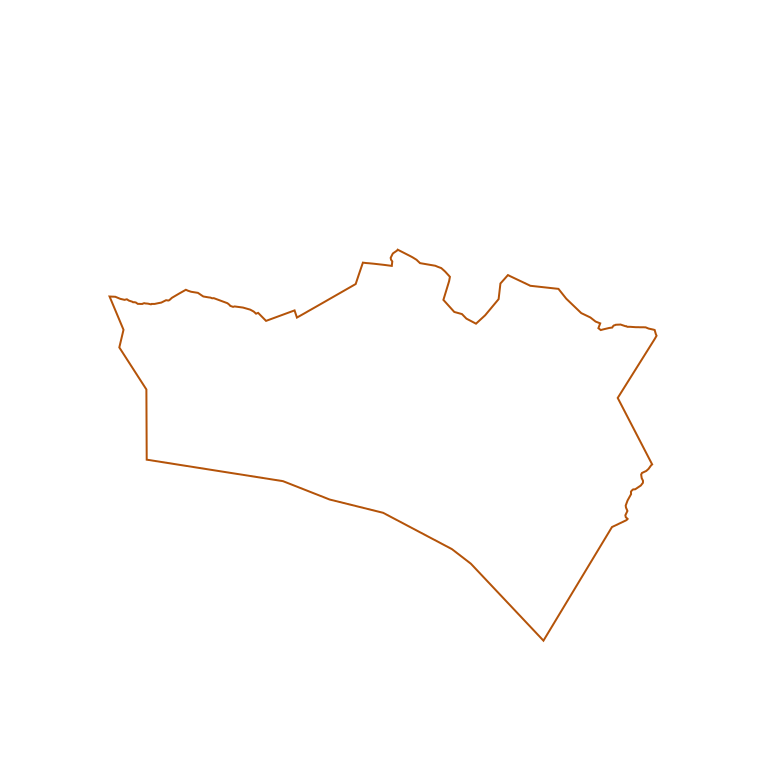 Valerio Trujano, Oaxaca, Mexico (Robinson projection), rotated 303°
{"feature_id": "50627088B90895159009900", "entity_name": "Valerio Trujano", "entity_type": "district", "adm_level": 2, "iso_a3": "MEX", "parent_name": "Mexico", "parent_adm1": "Oaxaca", "projection": "robinson", "projection_center": [-96.976, 17.773], "detail": "fine", "context": "isolated", "style": "outline", "palette": "amber", "viewbox_px": 768, "rotation_deg": 303, "n_neighbors": 0, "source": "geoboundaries", "source_scale": "gbopen_adm2", "svg_char_len": 2182}
<svg xmlns="http://www.w3.org/2000/svg" viewBox="0 0 768 768"><g transform="rotate(303 384 384)"><path d="M191.3,226.2L247.5,352.2L257.5,401.3L275.5,453.4L280.1,504.3L282.5,530.9L280.6,554.7L255.6,657.5L388.2,653.1L401.9,661.5L403.5,661.8L404.0,659.3L405.4,657.9L410.1,657.3L412.2,654.2L413.7,652.9L419.0,651.7L426.2,651.2L428.1,649.8L429.4,649.8L431.2,650.3L431.8,651.0L432.5,652.0L438.8,654.7L440.7,654.8L441.6,655.0L442.7,654.7L444.0,653.8L445.4,651.4L448.1,649.0L449.0,648.9L449.9,648.8L453.9,651.3L456.9,652.1L461.3,652.3L462.6,652.7L499.6,587.6L569.6,586.5L572.9,586.3L573.9,584.8L576.7,581.6L576.4,580.5L574.6,575.7L574.0,572.5L568.7,564.1L566.2,559.6L564.5,556.9L564.4,555.6L564.0,555.1L562.7,550.0L559.9,546.1L559.2,545.7L558.3,544.9L557.1,544.6L555.7,544.7L553.7,542.4L549.3,538.2L547.3,536.4L547.6,533.4L552.6,532.3L551.6,527.4L552.2,520.9L550.9,510.8L554.8,490.4L558.8,478.5L546.0,453.1L546.0,452.5L542.8,428.6L538.1,427.9L531.7,426.9L517.6,433.9L496.7,431.4L484.7,428.3L483.7,417.5L485.1,411.3L482.7,403.7L486.9,388.0L505.7,382.6L509.8,380.9L511.6,374.0L512.4,368.9L511.6,365.4L511.1,362.6L505.0,348.4L505.7,344.5L505.9,343.8L505.8,339.1L505.7,337.7L505.5,335.6L504.1,322.3L503.1,322.3L498.5,320.4L497.4,320.4L493.4,320.9L492.1,322.2L491.3,324.2L487.3,326.2L484.0,319.3L480.4,312.1L479.3,309.9L476.9,305.3L475.8,303.3L474.3,300.2L463.2,303.0L452.4,305.8L424.2,291.3L419.9,289.1L407.9,282.9L403.7,280.7L401.1,279.4L392.3,274.8L397.0,268.9L389.4,263.2L372.7,250.7L375.1,239.7L373.3,238.4L373.8,235.3L373.5,231.3L371.3,224.1L367.7,216.5L366.5,215.4L365.8,212.5L366.2,211.3L366.5,208.7L363.3,194.5L362.3,193.2L361.9,191.3L361.1,189.7L359.0,184.8L359.0,183.0L359.1,178.3L356.3,172.0L355.4,168.5L355.3,167.8L355.3,167.5L355.1,166.5L348.2,162.9L340.8,159.2L337.4,158.3L336.5,157.6L335.6,155.6L331.0,152.9L329.0,150.8L328.8,150.6L326.2,148.0L324.6,145.5L323.9,145.2L322.8,142.2L321.6,140.0L321.2,138.9L320.3,138.1L319.7,137.9L318.8,136.6L317.1,133.8L317.2,131.4L316.5,129.8L315.9,129.1L315.9,128.0L315.0,124.6L315.0,122.2L313.3,120.6L311.8,116.5L310.8,111.1L307.9,106.2L287.6,136.0L270.5,142.1L250.0,187.7L191.3,226.2Z" fill="none" stroke="#b45309" stroke-width="2"/></g></svg>